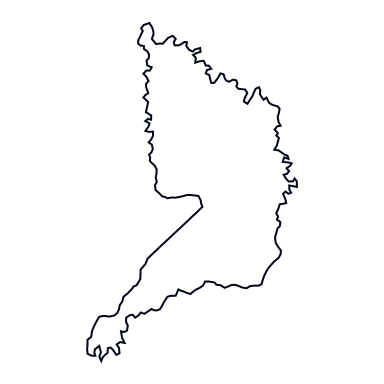 outline of Mandaguari, Paraná, Brazil
{"feature_id": "56859067B2319908604848", "entity_name": "Mandaguari", "entity_type": "district", "adm_level": 2, "iso_a3": "BRA", "parent_name": "Brazil", "parent_adm1": "Paraná", "projection": "robinson", "projection_center": [-51.721, -23.489], "detail": "fine", "context": "isolated", "style": "outline", "palette": "ink", "viewbox_px": 384, "rotation_deg": 0, "n_neighbors": 0, "source": "geoboundaries", "source_scale": "gbopen_adm2", "svg_char_len": 3601}
<svg xmlns="http://www.w3.org/2000/svg" viewBox="0 0 384 384"><path d="M280.6,125.8L278.6,122.1L277.7,117.1L279.1,111.9L279.6,108.8L277.6,106.3L275.0,105.7L271.7,104.5L269.1,102.8L266.4,97.6L263.5,99.8L259.9,94.3L260.3,90.2L258.9,87.2L255.6,88.8L253.7,92.9L252.3,96.3L249.1,101.1L247.5,103.8L243.9,101.6L244.5,98.7L247.3,92.8L245.1,89.5L238.4,88.8L236.3,86.5L237.4,83.5L236.3,80.3L232.8,79.7L229.0,81.8L225.9,80.3L224.5,77.6L223.6,74.2L220.4,73.4L218.1,77.8L214.3,82.8L211.3,83.0L210.3,79.5L209.3,75.0L205.8,73.5L207.0,70.0L211.3,68.8L208.7,65.6L205.8,65.6L203.7,60.8L198.7,61.5L195.3,62.7L195.8,57.7L193.1,55.0L196.4,53.1L200.5,51.9L200.1,48.0L194.8,49.5L192.9,51.6L189.2,49.9L186.3,45.9L186.9,42.2L184.3,42.0L182.0,43.7L178.7,45.4L174.6,45.3L173.8,42.2L175.7,38.9L172.7,35.8L168.1,37.9L162.8,43.7L159.6,43.5L156.1,44.1L151.9,38.9L153.6,33.9L153.2,30.7L151.9,26.9L149.3,23.0L143.6,25.1L141.1,28.4L142.8,30.9L141.3,33.9L139.7,37.4L138.2,40.4L138.2,43.7L140.4,45.5L143.9,46.0L143.9,49.0L147.2,51.2L149.1,54.5L148.7,58.5L146.6,60.4L147.2,65.4L151.7,67.3L149.9,70.6L146.4,70.5L143.4,73.7L146.2,76.5L148.5,81.0L146.1,83.8L146.1,87.1L148.3,93.3L145.6,94.8L143.4,97.5L145.8,99.6L148.1,102.0L147.2,106.3L145.9,112.1L151.2,115.4L151.1,119.7L147.9,118.9L145.3,121.1L149.6,123.4L148.6,126.3L145.4,130.9L148.9,131.9L153.0,131.6L153.0,135.9L151.4,139.1L148.7,142.4L151.9,144.7L152.8,149.1L151.5,152.2L149.1,154.7L150.2,157.7L149.8,160.8L151.7,163.0L154.3,165.1L156.6,169.0L156.5,173.9L155.7,177.5L156.8,182.0L155.0,185.2L155.5,190.0L158.8,192.8L162.1,196.3L165.0,197.0L167.5,198.3L171.4,197.5L175.0,197.7L179.2,197.0L183.7,196.0L186.8,195.0L191.5,195.1L198.4,195.9L200.7,200.3L201.1,203.4L202.4,206.9L198.8,210.3L196.5,212.7L193.7,215.1L189.1,219.6L160.9,245.9L147.6,258.6L145.5,263.9L140.6,269.6L140.3,279.2L136.5,285.3L133.6,286.5L131.5,289.4L127.6,293.5L123.5,296.7L122.4,301.3L119.8,305.1L118.9,309.5L117.1,313.2L114.1,315.6L109.0,316.6L105.7,316.0L102.7,316.0L99.2,316.8L96.8,320.8L93.8,326.7L92.1,330.8L91.2,336.8L87.5,339.8L87.5,345.1L87.1,349.2L87.6,353.8L91.4,355.6L95.3,355.8L94.3,352.1L95.1,349.2L99.3,345.9L100.1,349.4L101.0,352.3L99.3,356.6L101.3,361.0L102.8,357.1L104.8,355.1L107.5,352.9L107.9,348.1L110.5,347.6L112.7,349.4L116.4,354.9L119.5,353.2L119.0,347.9L116.7,344.4L120.1,342.1L124.6,342.9L122.1,337.9L121.0,331.3L124.1,332.1L127.0,330.6L127.8,325.6L126.1,322.2L126.1,317.8L129.8,315.2L132.7,314.7L135.1,317.6L138.3,315.6L140.8,312.5L144.3,313.8L148.2,311.3L151.5,309.0L153.9,310.2L156.5,310.5L159.9,309.3L161.8,306.3L164.3,301.5L167.4,296.8L170.3,295.9L175.7,295.7L178.4,289.4L180.9,290.7L183.9,291.6L187.0,293.0L190.5,294.0L194.8,290.3L200.3,287.5L203.1,285.5L205.1,281.5L208.6,281.5L214.6,282.5L216.3,284.7L220.5,285.2L224.7,287.8L228.2,286.5L231.8,284.9L234.9,284.9L238.0,285.7L242.5,287.6L246.7,288.2L249.9,286.2L253.3,285.7L258.6,285.7L261.6,284.2L262.6,280.4L264.2,275.8L266.8,270.6L268.5,267.9L271.1,264.9L273.8,261.9L278.7,257.7L280.6,254.2L280.9,250.4L278.4,247.3L275.7,242.7L275.0,237.2L276.6,232.0L277.5,228.4L279.8,226.3L280.3,222.0L276.9,219.6L278.1,216.5L276.2,213.3L278.6,208.1L279.7,204.3L286.2,203.2L285.3,199.0L283.0,193.8L285.5,191.5L288.4,193.8L291.1,192.8L289.3,189.4L289.2,185.5L292.5,186.0L296.9,187.0L296.8,181.3L294.6,178.5L293.0,181.3L288.7,181.5L285.9,178.5L283.7,174.7L286.9,173.9L289.1,171.3L286.5,168.2L290.0,166.0L291.7,163.4L288.7,162.5L282.7,161.9L284.2,157.4L288.5,158.9L287.5,155.7L284.2,154.4L278.7,150.5L274.3,149.7L276.7,145.9L278.9,137.9L276.3,135.6L277.9,133.2L274.6,129.5L277.2,126.3L280.6,125.8Z" fill="none" stroke="#020617" stroke-width="2"/></svg>